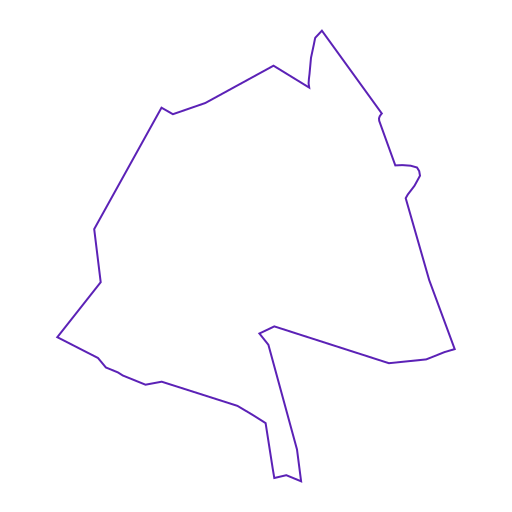 Guelatao de Juárez, Oaxaca, Mexico
{"feature_id": "50627088B65015189617486", "entity_name": "Guelatao de Juárez", "entity_type": "district", "adm_level": 2, "iso_a3": "MEX", "parent_name": "Mexico", "parent_adm1": "Oaxaca", "projection": "albers", "projection_center": [-96.496, 17.314], "detail": "fine", "context": "isolated", "style": "outline", "palette": "violet", "viewbox_px": 512, "rotation_deg": 0, "n_neighbors": 0, "source": "geoboundaries", "source_scale": "gbopen_adm2", "svg_char_len": 786}
<svg xmlns="http://www.w3.org/2000/svg" viewBox="0 0 512 512"><path d="M301.1,481.3L297.0,449.5L268.4,344.8L259.4,333.5L274.3,326.4L388.9,363.2L426.2,359.4L443.5,352.5L444.8,352.0L454.7,349.1L429.2,280.1L405.7,198.2L407.8,194.5L411.1,190.2L414.4,185.9L415.8,183.4L420.0,175.7L419.2,171.1L417.0,167.5L410.6,165.7L402.4,165.1L395.3,165.4L379.2,120.8L379.0,118.4L379.7,116.3L381.0,114.4L381.8,113.5L321.9,30.7L315.3,37.7L314.9,39.2L313.8,44.7L311.0,57.8L309.5,74.0L308.9,79.0L308.6,83.4L309.2,87.6L273.5,65.7L205.3,103.0L172.9,114.2L161.5,107.7L94.2,229.1L100.7,282.2L57.3,337.2L98.0,358.0L105.9,367.5L117.9,372.4L122.8,375.5L145.5,384.7L161.7,381.7L237.5,405.9L253.6,415.5L265.6,423.1L272.7,468.5L274.3,478.0L286.3,475.2L301.1,481.3Z" fill="none" stroke="#5b21b6" stroke-width="2"/></svg>